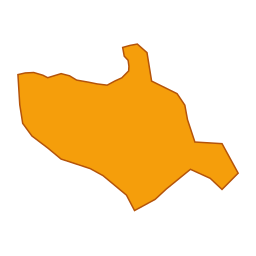 the district of Analiontas, Nicosia, Cyprus, rotated 265°
{"feature_id": "46923920B57041091158148", "entity_name": "Analiontas", "entity_type": "district", "adm_level": 2, "iso_a3": "CYP", "parent_name": "Cyprus", "parent_adm1": "Nicosia", "projection": "mercator", "projection_center": [33.3, 35.009], "detail": "fine", "context": "isolated", "style": "filled", "palette": "amber", "viewbox_px": 256, "rotation_deg": 265, "n_neighbors": 0, "source": "geoboundaries", "source_scale": "gbopen_adm2", "svg_char_len": 660}
<svg xmlns="http://www.w3.org/2000/svg" viewBox="0 0 256 256"><g transform="rotate(265 128 128)"><path d="M190.8,23.0L160.6,22.2L141.8,23.5L128.4,31.6L115.0,46.4L102.9,58.6L90.8,86.9L82.7,99.0L61.3,120.6L45.2,127.3L54.6,148.9L64.0,161.0L81.4,186.6L70.7,205.5L58.6,216.3L73.4,233.8L104.2,220.3L108.2,193.4L131.1,188.0L145.8,186.6L157.9,179.9L172.7,155.6L201.4,153.5L210.8,144.6L210.1,137.2L208.7,129.7L199.9,130.5L195.4,134.0L189.4,134.3L184.8,133.6L178.5,126.2L176.0,119.1L172.5,111.0L174.6,101.1L177.1,92.6L180.2,81.0L185.1,74.3L188.0,66.1L185.1,52.4L188.0,47.8L191.5,38.9L191.8,30.4L190.8,23.0Z" fill="#f59e0b" stroke="#b45309" stroke-width="1.5"/></g></svg>